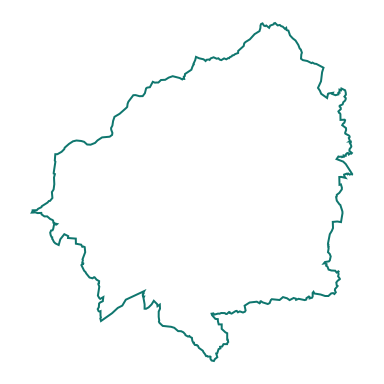 Acatic, Jalisco, Mexico (Natural Earth projection)
{"feature_id": "50627088B27776159649356", "entity_name": "Acatic", "entity_type": "district", "adm_level": 2, "iso_a3": "MEX", "parent_name": "Mexico", "parent_adm1": "Jalisco", "projection": "natural_earth1", "projection_center": [-102.897, 20.769], "detail": "fine", "context": "isolated", "style": "outline", "palette": "teal", "viewbox_px": 384, "rotation_deg": 0, "n_neighbors": 0, "source": "geoboundaries", "source_scale": "gbopen_adm2", "svg_char_len": 5910}
<svg xmlns="http://www.w3.org/2000/svg" viewBox="0 0 384 384"><path d="M213.9,361.0L214.9,359.1L217.3,357.2L216.2,353.5L217.2,353.3L218.6,349.1L220.4,348.4L220.1,346.8L222.2,346.5L223.5,344.1L227.1,344.1L227.5,342.7L228.2,342.0L227.8,339.7L227.2,339.7L227.2,333.2L225.5,332.4L221.7,328.9L221.7,324.4L218.7,324.4L217.9,321.1L217.8,319.1L215.4,318.9L212.1,315.2L211.6,313.7L213.4,313.4L214.4,314.6L218.0,313.6L219.6,313.7L221.2,313.0L224.8,313.1L225.8,313.9L226.8,314.0L229.1,312.0L229.8,312.3L229.9,313.0L231.6,313.6L235.6,311.1L236.7,310.9L237.9,312.3L239.8,311.4L243.0,312.5L244.9,311.7L245.6,310.5L244.6,305.7L249.6,302.5L256.8,301.7L259.6,303.3L260.1,302.8L260.3,301.5L260.9,301.2L262.7,302.4L267.8,304.0L269.6,303.1L270.9,300.0L271.8,299.2L279.6,300.0L283.0,297.1L287.1,298.3L289.6,300.1L293.6,298.0L295.9,298.7L296.1,299.8L298.6,298.8L304.8,300.1L306.2,299.6L306.5,298.1L308.9,296.5L309.5,296.8L309.6,298.4L312.1,297.7L312.7,296.3L312.6,292.9L313.5,291.8L314.4,293.5L320.6,294.5L325.1,296.0L328.4,296.0L331.2,293.4L333.1,293.1L334.4,294.0L335.8,292.3L334.9,290.4L335.0,289.1L337.6,286.0L336.7,285.2L336.3,282.5L337.7,280.7L339.8,279.2L339.8,278.7L338.1,276.3L338.6,274.1L338.1,272.6L339.0,270.9L336.6,272.5L335.2,270.7L331.4,270.5L328.6,269.6L327.4,266.5L326.1,265.7L326.6,264.2L325.0,263.3L323.8,263.5L325.0,262.0L328.9,261.4L329.8,260.4L330.7,256.4L329.7,253.9L328.0,252.2L328.6,248.4L328.2,247.0L328.7,246.7L328.0,245.0L328.4,244.6L328.0,243.5L329.8,234.2L331.8,230.9L333.0,228.1L332.8,221.9L337.3,221.5L341.0,222.1L342.5,213.2L342.4,211.4L340.3,204.9L339.5,204.4L336.8,200.7L336.1,197.0L336.7,196.6L336.8,194.8L339.3,192.9L341.8,189.4L341.9,187.7L340.9,184.4L339.5,184.8L339.3,177.0L341.2,176.9L345.5,177.9L344.4,176.4L344.1,174.6L346.9,173.6L347.5,174.3L348.3,173.6L349.7,174.6L351.0,174.1L352.1,174.4L352.2,174.1L345.8,164.1L343.2,161.6L336.6,159.1L338.4,156.5L339.6,156.8L342.0,156.6L342.1,157.1L344.0,156.7L343.8,155.4L345.7,155.8L346.0,154.2L347.2,153.1L348.0,153.0L348.8,154.5L350.0,153.5L351.3,153.7L351.9,153.0L349.4,150.9L349.5,149.3L351.3,146.7L351.1,145.3L350.0,143.3L350.8,142.6L350.8,141.5L349.4,141.5L350.0,141.1L348.8,138.0L349.6,137.2L349.6,136.4L348.9,135.5L345.4,133.7L345.1,133.0L346.1,130.0L346.0,128.1L342.2,125.2L342.9,123.9L344.4,122.6L345.1,120.2L344.6,119.7L340.5,119.9L340.4,114.3L340.1,113.4L339.1,112.9L338.4,111.4L340.8,109.1L340.7,107.7L339.6,106.6L339.7,105.7L342.6,104.4L343.3,102.2L345.0,100.7L345.6,99.5L345.8,98.2L344.4,96.6L345.9,94.7L345.7,92.5L345.1,90.3L341.4,88.5L341.0,90.3L339.5,89.7L339.5,92.7L338.6,92.5L338.2,93.0L338.4,94.4L335.5,95.2L332.3,94.0L332.9,92.8L328.5,93.5L328.0,93.9L327.1,98.0L321.2,93.8L319.9,90.7L318.0,87.9L321.0,81.3L322.1,72.2L323.5,67.7L316.3,63.9L314.5,63.7L312.5,62.6L311.5,63.1L307.3,61.0L302.8,60.1L301.0,58.7L301.3,54.5L301.9,52.7L300.8,49.5L299.7,48.5L298.3,44.9L295.5,40.5L292.8,38.4L290.0,35.4L288.4,30.6L286.6,30.1L286.2,27.9L285.0,28.9L282.7,26.6L281.2,26.2L279.8,25.0L277.6,25.4L275.1,23.0L274.0,23.4L273.7,24.3L270.2,25.6L269.1,27.8L266.2,25.5L265.2,26.1L263.9,25.6L262.5,23.4L261.1,24.0L260.5,25.5L260.4,28.0L259.5,31.1L254.6,34.1L249.9,39.3L245.4,42.1L244.2,43.4L243.7,46.0L238.2,50.9L238.1,53.0L235.1,54.1L233.7,55.2L232.4,55.4L231.6,56.4L229.8,57.2L229.1,58.2L228.2,58.1L226.3,59.3L224.1,58.4L221.3,60.1L219.7,59.6L218.4,58.3L216.7,58.7L213.6,57.3L210.7,58.4L209.6,59.9L209.0,59.5L206.5,59.8L205.6,61.0L203.6,59.3L199.2,58.3L196.0,56.9L195.2,60.1L193.4,64.0L193.8,64.3L192.5,66.5L191.4,69.7L185.0,74.0L184.8,76.0L183.8,76.7L184.2,78.9L182.7,78.8L182.2,79.4L179.7,78.0L172.7,76.2L168.7,77.6L165.2,79.8L161.0,80.0L158.4,82.5L154.7,82.6L152.8,81.8L149.9,87.2L147.2,87.6L146.1,88.4L144.9,93.2L142.7,96.1L139.5,96.2L135.6,95.1L133.3,95.2L128.4,101.7L127.6,103.8L127.2,106.9L126.3,107.9L119.6,113.8L114.5,116.8L113.1,121.0L112.4,125.6L111.1,128.0L111.2,129.7L112.4,132.9L112.1,134.9L109.7,136.7L102.1,137.4L97.5,140.4L95.1,142.9L90.6,144.7L87.1,144.5L84.1,141.8L81.3,141.0L76.5,140.5L73.0,141.3L69.0,143.9L64.7,147.7L64.2,149.2L61.6,151.8L57.4,154.2L55.3,154.2L54.8,160.6L55.4,161.6L53.7,172.8L53.7,173.5L54.9,174.1L54.0,177.5L54.3,184.2L53.6,189.5L51.9,192.1L52.4,198.0L50.0,200.9L48.9,201.0L47.5,202.6L41.8,206.2L41.4,207.2L38.1,208.8L36.8,210.2L32.6,210.3L32.6,211.1L31.8,212.6L34.1,212.5L34.4,212.1L37.6,213.1L41.3,212.9L41.6,214.4L44.4,216.4L47.2,216.4L50.2,219.0L52.3,219.9L53.1,220.5L53.4,222.7L54.1,222.8L54.1,223.3L57.1,224.0L56.4,224.6L54.1,224.3L53.2,228.9L52.5,230.3L51.1,230.5L50.2,232.7L50.7,235.2L51.6,237.1L52.2,237.3L52.2,238.9L52.6,239.2L53.9,241.9L55.4,243.4L58.7,245.0L60.3,239.3L64.3,234.2L68.2,236.1L68.0,238.0L75.8,238.6L75.9,243.7L81.2,244.7L82.3,246.8L83.3,246.5L84.7,247.1L85.2,252.2L82.5,259.4L82.9,260.2L82.3,262.5L83.3,263.3L83.1,264.1L81.9,264.3L81.4,265.1L84.1,270.7L85.7,272.3L86.1,273.3L89.5,277.5L92.5,278.3L94.1,277.2L94.6,277.3L96.6,279.7L99.1,281.1L99.0,283.2L98.5,283.3L98.3,284.0L99.3,286.6L97.9,295.6L99.3,298.1L100.2,298.9L103.3,297.1L102.8,301.2L100.1,302.5L99.1,303.5L98.8,307.3L97.7,309.1L98.6,311.2L99.6,311.6L100.5,311.2L100.5,315.7L100.9,317.5L100.3,318.4L101.0,321.0L112.1,313.2L117.8,307.9L122.3,305.6L125.8,299.7L144.2,291.1L143.5,292.4L143.7,293.2L142.8,294.1L143.1,294.8L142.8,295.3L143.0,296.5L144.1,296.5L143.5,298.0L144.6,304.3L144.6,308.7L146.0,308.8L148.6,307.4L151.6,304.4L153.8,300.8L157.2,304.2L157.5,306.2L159.8,304.6L160.0,308.7L158.7,311.6L158.7,316.9L159.2,320.4L158.9,321.7L159.5,322.9L162.7,325.9L171.1,326.8L174.3,327.8L178.1,331.1L181.1,331.2L183.4,332.3L185.3,334.4L185.5,335.2L188.1,336.6L189.4,336.0L190.2,337.0L191.9,337.8L192.3,340.7L193.4,342.9L194.0,342.8L194.2,344.1L194.8,344.9L196.3,345.1L196.6,344.2L196.7,345.3L197.9,345.8L198.9,347.9L202.8,350.7L203.5,352.2L205.4,354.7L205.7,355.6L206.1,356.1L207.2,356.0L207.8,356.6L210.1,356.5L210.6,356.9L210.4,358.2L210.6,359.1L211.6,360.5L213.9,361.0Z" fill="none" stroke="#0f766e" stroke-width="2"/></svg>